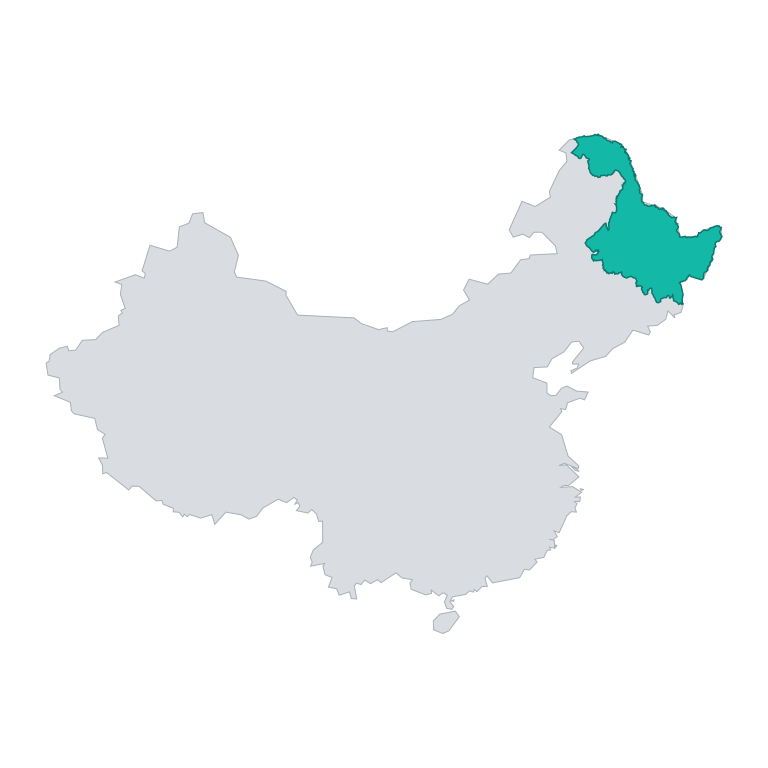 location of Heilongjiang within China
{"feature_id": "CHN-1839", "entity_name": "Heilongjiang", "entity_type": "Province", "adm_level": 1, "iso_a3": "CHN", "parent_name": "China", "parent_adm1": "", "projection": "mercator", "projection_center": [127.281, 48.501], "detail": "fine", "context": "in_parent", "style": "filled", "palette": "teal", "viewbox_px": 768, "rotation_deg": 0, "n_neighbors": 0, "source": "natural_earth", "source_scale": "10m", "svg_char_len": 9767}
<svg xmlns="http://www.w3.org/2000/svg" viewBox="0 0 768 768"><path d="M425.7,594.9L411.2,589.3L410.0,583.0L412.5,579.7L402.1,578.0L395.9,572.9L381.1,582.6L377.6,579.7L370.5,583.7L364.9,580.0L361.1,584.5L356.4,583.2L354.4,586.0L356.7,599.0L351.3,598.5L349.5,591.9L339.2,595.2L336.6,588.7L328.4,587.2L332.1,577.5L325.0,574.7L322.9,566.1L324.7,563.5L310.6,566.1L312.2,562.2L310.2,557.3L313.4,549.8L322.7,542.3L322.6,521.1L318.7,521.4L316.5,514.0L311.7,509.5L308.0,513.0L296.4,510.6L299.8,506.2L298.2,502.6L294.9,504.2L297.3,500.0L293.7,497.5L286.6,502.7L278.1,499.2L263.0,507.9L256.5,516.4L248.9,519.1L241.1,514.8L225.9,512.1L214.8,524.3L211.8,514.6L200.7,518.1L189.6,514.5L187.3,516.7L184.3,514.3L182.7,516.9L179.2,512.3L173.1,511.8L173.5,508.3L163.2,504.3L161.8,500.4L156.1,500.9L139.1,486.3L132.1,486.2L128.7,490.0L106.6,472.5L102.7,473.8L102.5,465.3L98.7,457.9L107.8,458.2L102.4,438.2L105.1,434.3L97.5,429.6L94.8,418.4L74.2,413.9L71.3,410.7L70.5,402.4L54.3,395.7L62.5,392.2L60.0,389.2L59.4,378.0L48.0,375.1L46.1,363.1L49.1,361.3L50.1,354.6L59.4,348.2L67.3,346.2L68.7,350.8L75.8,350.1L82.3,340.3L95.7,339.6L102.6,332.4L119.1,325.3L118.3,316.0L122.4,312.8L120.8,310.3L125.2,308.5L120.4,294.2L121.8,284.6L115.1,282.0L135.2,274.7L144.3,278.2L145.3,273.5L142.1,270.8L150.0,245.3L169.4,251.1L177.1,247.3L179.4,226.8L188.9,223.2L192.6,213.8L202.9,212.6L204.7,222.8L230.5,237.3L238.4,255.4L234.3,271.9L236.7,277.1L265.9,281.1L286.2,291.4L285.9,295.1L297.6,315.1L354.1,317.9L361.4,323.6L378.6,329.6L387.3,327.7L387.3,331.0L392.6,331.9L412.4,321.6L440.8,319.4L452.5,314.3L459.2,305.8L469.5,300.1L463.6,290.0L469.1,279.2L487.7,284.2L498.5,274.1L510.9,273.0L520.6,259.8L529.2,258.6L530.3,255.0L557.2,253.7L555.4,245.9L542.0,232.3L534.0,232.2L529.3,237.7L522.8,234.1L513.3,237.2L509.2,229.8L522.0,201.3L535.1,206.6L550.4,197.1L549.4,191.3L559.4,170.3L566.9,161.4L565.9,152.9L559.1,150.2L569.5,139.8L598.5,134.9L621.1,144.2L628.7,156.6L642.5,194.7L642.1,201.7L663.6,208.7L675.3,217.6L680.2,237.1L696.5,236.7L703.9,230.2L716.6,225.8L720.7,227.8L721.7,236.7L715.2,243.4L711.8,260.5L703.6,278.1L689.6,275.1L680.0,282.6L683.1,305.2L681.0,312.4L673.9,315.0L675.0,317.9L668.0,311.0L665.8,319.2L657.3,325.4L647.6,326.1L650.3,331.7L648.7,335.0L632.9,330.1L624.8,342.1L612.7,348.6L605.8,356.3L590.0,361.0L571.5,373.4L570.9,370.7L577.2,368.0L578.7,364.0L572.7,364.1L572.6,361.8L583.7,348.0L578.9,341.1L571.6,342.1L563.9,351.9L551.9,358.8L547.3,366.9L534.1,367.6L532.7,377.7L546.9,383.1L547.0,393.0L550.7,395.7L556.0,395.5L561.5,388.2L566.9,386.0L576.8,391.2L588.1,392.0L584.5,399.9L580.0,398.2L567.6,402.7L565.7,409.6L560.7,408.6L561.8,411.6L549.4,427.0L561.6,434.7L568.1,456.1L578.9,466.0L578.1,468.6L564.4,463.3L559.0,465.5L566.5,464.9L578.9,476.9L568.5,485.5L563.6,485.5L560.8,487.4L572.5,486.6L581.7,492.2L575.3,497.1L580.4,497.0L579.8,501.5L574.6,501.5L577.2,503.8L574.9,507.7L576.4,512.1L571.3,511.7L566.9,515.7L559.1,532.8L554.1,530.9L557.3,536.5L552.7,539.9L549.1,539.1L554.4,540.5L554.5,548.1L549.6,547.3L550.7,550.0L547.3,550.3L543.8,557.4L534.8,559.2L537.1,562.0L529.5,570.0L524.5,569.3L519.6,577.7L492.5,582.9L487.0,575.8L484.9,578.1L487.3,586.3L482.2,586.5L476.7,591.7L474.2,589.3L473.6,592.1L469.6,590.8L465.8,594.3L452.6,596.9L449.8,601.5L453.7,606.6L451.9,609.2L446.8,608.4L444.4,601.9L447.3,595.2L443.3,592.7L438.7,595.8L431.3,590.1L431.5,593.4L425.7,594.9ZM455.3,611.1L459.3,616.7L448.8,630.9L442.8,633.5L433.7,629.8L433.3,620.9L439.9,614.1L455.3,611.1ZM579.2,471.3L575.4,470.6L572.0,467.2L574.8,467.9L579.2,471.3ZM583.9,489.6L581.0,490.3L580.4,488.7L583.9,489.6ZM556.8,545.6L555.3,547.6L555.6,545.0L556.8,545.6ZM451.2,600.9L453.9,599.9L453.7,601.3L451.2,600.9Z" fill="#d9dde1" stroke="#a8b0b8" stroke-width="1"/><path d="M594.9,134.5L597.1,135.4L597.5,134.6L597.8,135.0L597.5,135.4L597.8,135.5L598.6,134.6L599.5,135.6L601.5,136.0L602.5,136.6L604.2,138.5L605.6,138.1L606.6,140.0L607.4,140.7L610.0,141.2L610.8,142.3L611.7,142.1L612.5,143.0L612.7,142.8L612.6,141.8L613.0,141.4L615.3,141.2L619.2,143.5L619.7,144.2L620.8,143.9L622.0,145.3L621.0,147.1L623.2,146.7L623.5,147.8L624.7,149.3L625.9,149.1L626.1,149.5L625.3,150.0L625.7,150.9L624.8,151.3L624.8,152.6L625.3,152.9L625.9,152.4L627.3,153.5L627.2,154.7L628.0,154.8L628.8,156.4L628.4,157.5L629.8,158.2L628.4,159.1L628.5,159.6L631.1,160.8L630.6,162.4L629.8,163.2L632.1,167.8L633.0,168.4L632.8,168.8L632.9,169.7L632.4,170.7L633.9,171.5L634.1,171.9L633.7,172.8L633.8,173.5L635.0,174.0L634.9,174.5L634.1,174.9L633.9,175.8L634.6,176.5L634.9,175.3L635.7,175.2L635.8,175.7L635.0,177.2L635.2,179.8L637.6,182.6L638.4,184.6L639.2,185.3L639.2,186.6L640.1,188.3L639.2,190.2L640.0,191.1L639.7,192.6L639.9,193.1L642.5,194.7L642.3,196.1L641.4,197.9L641.9,199.6L641.6,201.0L642.0,201.9L643.1,202.3L643.5,202.8L643.8,204.1L645.5,205.4L646.7,205.1L647.8,206.1L649.2,206.2L650.9,206.0L651.3,205.5L654.0,205.6L654.5,204.9L655.9,205.7L655.9,206.3L655.4,206.8L655.5,207.3L656.8,207.2L658.1,207.8L658.9,209.2L659.4,209.4L660.5,208.7L661.9,209.5L662.2,209.1L662.3,208.1L663.4,208.2L663.9,208.8L664.2,210.4L666.0,210.7L666.3,212.0L667.4,212.5L667.4,213.5L668.3,213.9L668.4,214.9L671.4,217.3L671.9,217.6L674.0,217.1L675.1,217.8L676.6,217.5L675.0,221.8L676.0,222.7L676.1,224.0L677.6,223.9L677.4,225.2L678.3,226.5L678.3,227.1L677.5,228.9L676.6,229.7L676.6,230.9L679.2,233.9L679.6,235.0L679.6,236.6L679.8,236.9L681.4,237.3L685.1,236.3L686.9,237.6L688.0,237.0L690.3,237.5L691.6,237.0L693.1,237.1L694.9,236.3L697.1,236.8L697.6,236.3L697.6,235.4L698.7,234.0L698.7,232.8L700.2,233.0L703.3,230.2L704.8,229.9L705.7,230.3L708.1,230.4L710.5,227.8L713.0,227.4L714.0,226.6L717.7,225.7L718.6,226.4L719.4,226.1L720.1,227.3L721.3,227.6L721.0,228.4L720.9,229.8L719.9,231.0L719.6,231.8L720.0,232.9L719.9,233.2L720.7,233.9L720.9,234.9L721.9,236.3L721.9,236.8L721.0,237.8L720.9,238.8L719.5,240.7L718.7,241.4L716.8,241.5L715.4,243.0L715.1,244.2L715.9,246.4L715.6,247.0L714.8,247.2L714.1,248.7L714.1,249.9L713.6,251.3L713.9,252.0L713.5,253.8L712.3,255.2L711.7,256.9L712.6,258.2L711.9,259.0L712.5,259.4L712.2,259.6L712.3,260.3L711.5,261.3L711.1,261.0L710.5,261.9L709.9,262.2L710.3,263.4L709.6,265.5L709.2,265.4L708.8,266.4L708.0,266.3L707.6,267.3L708.0,267.9L707.2,269.0L707.7,269.4L707.4,270.0L707.6,270.3L707.1,270.5L706.9,271.2L704.3,272.4L703.8,273.6L703.5,275.7L703.6,278.3L702.0,279.7L701.5,279.8L690.9,276.5L690.3,276.1L689.6,274.9L688.9,275.4L688.2,276.8L687.2,277.1L686.9,277.6L687.0,278.8L685.0,280.8L683.9,280.7L682.2,281.7L680.8,281.6L680.5,282.3L679.5,282.7L680.9,285.1L683.1,294.9L682.5,296.1L682.6,297.1L682.1,299.0L682.3,302.0L682.0,302.8L683.0,303.8L681.6,304.4L680.3,303.2L679.2,304.2L678.6,304.3L678.0,303.2L676.0,301.6L673.6,300.7L673.8,299.6L673.3,298.9L672.8,296.8L673.0,295.4L672.8,294.9L672.2,296.4L671.0,297.1L670.3,298.1L669.5,297.9L669.2,295.9L668.2,295.4L667.0,296.2L666.6,297.5L664.0,297.7L661.3,298.7L660.5,299.5L660.7,301.6L658.0,302.8L656.6,302.2L655.5,300.1L655.3,298.7L654.0,297.0L652.8,294.3L652.0,293.3L651.9,289.5L651.1,288.0L649.3,288.9L648.6,290.4L647.6,290.2L647.7,293.4L647.5,293.9L645.4,294.8L644.6,294.6L644.2,294.4L643.9,293.1L642.7,292.3L642.8,291.4L641.5,289.4L641.7,287.7L642.4,287.4L642.1,286.8L640.2,285.7L638.8,286.2L637.9,285.5L637.0,286.6L636.5,286.4L636.4,284.4L635.8,282.9L636.1,282.2L636.7,281.8L636.9,281.2L635.5,278.1L633.7,277.9L631.1,276.3L629.5,276.7L626.6,278.0L624.0,277.0L622.9,276.2L621.7,274.7L621.6,272.1L619.7,272.8L618.9,272.6L618.0,273.9L616.5,273.7L614.8,274.1L614.4,272.4L613.4,272.4L613.0,271.8L612.4,273.2L611.5,273.1L611.3,272.8L610.8,273.1L609.4,273.0L608.9,273.7L607.9,272.9L607.2,273.1L606.8,272.8L606.7,271.7L605.9,271.5L605.3,270.2L604.5,270.4L604.7,269.8L604.2,269.7L603.5,268.7L603.0,268.1L603.5,267.5L603.3,267.1L603.5,266.5L602.6,265.4L602.8,264.3L603.3,263.9L602.4,261.3L602.3,259.8L601.8,260.2L601.4,259.8L600.2,260.3L595.7,260.7L594.4,260.2L593.6,260.9L591.7,257.9L591.9,254.8L592.5,254.4L595.0,255.0L596.2,254.9L597.7,253.3L598.5,252.0L598.7,251.5L598.4,251.4L598.6,250.9L598.3,250.4L597.8,251.3L597.4,251.4L596.9,251.0L596.9,250.2L596.0,250.0L595.3,251.2L594.6,251.4L593.9,252.2L593.2,252.0L591.7,250.9L589.4,247.7L587.1,246.2L585.2,243.0L586.2,241.7L587.0,239.7L594.1,235.1L595.0,233.0L598.2,231.1L603.7,224.6L605.4,223.2L606.2,223.9L606.3,226.2L607.2,227.6L607.5,229.0L608.0,229.4L608.2,230.2L608.6,229.9L609.1,228.1L609.0,226.8L608.6,225.9L608.9,223.4L608.7,222.7L609.6,221.4L609.7,219.6L611.9,214.3L611.9,213.4L612.5,212.3L615.4,213.0L616.4,211.5L616.4,210.5L616.7,209.5L616.5,208.7L616.9,207.9L616.3,206.5L616.5,205.9L615.3,204.2L616.0,204.4L616.3,204.0L616.4,201.9L615.9,201.4L616.6,200.4L616.0,199.1L617.2,198.0L616.6,197.4L617.5,197.2L617.0,197.1L616.8,196.5L617.2,195.9L617.7,196.1L617.9,195.8L617.7,195.5L618.7,194.8L618.8,193.8L619.5,192.9L619.9,191.3L620.2,191.5L620.2,190.8L622.7,189.1L622.8,188.0L622.5,186.6L622.8,186.2L622.2,185.2L623.0,185.0L624.0,183.8L623.7,183.4L624.1,183.4L624.4,182.8L624.8,183.1L625.6,181.3L624.8,179.1L624.1,179.0L623.5,178.4L623.2,177.3L621.7,176.2L619.3,172.0L617.6,170.6L615.3,170.0L614.7,170.4L614.4,171.8L613.4,172.2L613.2,173.1L612.4,173.6L612.0,174.4L610.2,175.0L608.0,174.6L607.6,175.6L606.9,176.0L606.0,175.9L604.6,175.1L602.9,175.6L601.2,175.4L600.7,175.8L600.3,177.0L598.7,177.4L598.0,177.3L596.9,176.1L594.8,176.2L593.8,175.3L592.8,175.4L590.5,173.0L590.0,171.9L590.0,170.9L588.6,168.3L589.1,166.3L587.7,161.1L589.2,159.9L589.3,159.2L589.0,158.8L586.3,158.0L584.6,155.0L583.0,154.3L582.7,154.5L580.9,158.1L579.8,158.5L578.9,158.3L577.5,156.2L575.1,155.1L574.1,154.1L571.5,152.7L575.2,149.1L577.3,146.7L578.5,144.7L578.1,143.1L577.2,142.5L576.6,140.8L574.2,139.1L575.3,138.9L576.8,137.9L579.5,137.0L581.6,137.1L584.2,135.8L585.2,136.7L590.2,136.2L593.5,135.5L594.9,134.5Z" fill="#14b8a6" stroke="#0f766e" stroke-width="1.5"/></svg>